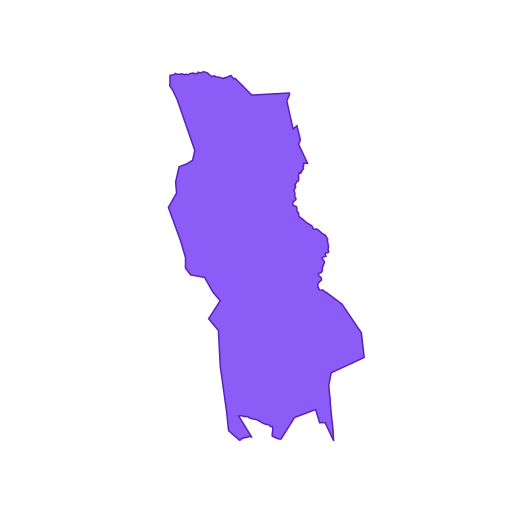 San Felipe Usila, Oaxaca, Mexico, rotated 153°
{"feature_id": "50627088B9279782447433", "entity_name": "San Felipe Usila", "entity_type": "district", "adm_level": 2, "iso_a3": "MEX", "parent_name": "Mexico", "parent_adm1": "Oaxaca", "projection": "robinson", "projection_center": [-96.517, 17.82], "detail": "fine", "context": "isolated", "style": "filled", "palette": "violet", "viewbox_px": 512, "rotation_deg": 153, "n_neighbors": 0, "source": "geoboundaries", "source_scale": "gbopen_adm2", "svg_char_len": 4715}
<svg xmlns="http://www.w3.org/2000/svg" viewBox="0 0 512 512"><g transform="rotate(153 256 256)"><path d="M359.7,112.9L357.4,106.8L354.3,99.3L353.5,99.2L353.4,99.2L352.7,99.1L352.1,99.6L351.3,99.6L350.6,99.8L350.2,99.5L348.7,99.3L348.3,99.0L347.7,99.0L346.4,98.5L345.8,98.4L345.4,98.4L344.9,98.4L344.1,98.2L343.2,97.6L342.8,97.2L342.6,97.2L342.1,96.9L342.8,106.0L344.0,121.3L343.0,120.9L342.4,120.7L341.3,120.3L340.9,119.9L340.5,119.3L339.9,118.8L339.6,118.5L339.1,118.1L338.2,117.6L337.7,117.3L337.0,117.0L336.4,116.6L336.0,116.4L335.7,116.1L335.6,115.1L335.3,114.7L335.0,114.3L334.6,113.9L334.3,113.6L333.8,113.1L333.3,112.6L332.6,112.1L331.3,111.2L330.3,110.3L330.0,110.0L329.5,109.5L329.1,109.2L328.7,108.5L328.5,108.1L328.2,107.4L327.2,106.3L326.8,105.7L326.5,105.0L326.3,104.6L326.1,104.3L325.7,103.9L324.7,102.6L324.2,102.1L323.9,102.0L323.2,101.3L322.6,100.7L322.0,100.3L321.4,99.9L320.9,99.4L320.6,98.7L320.7,97.9L320.7,97.5L320.3,97.1L319.6,96.9L319.0,96.6L318.8,96.0L319.0,95.5L319.2,95.1L319.4,94.7L319.6,94.3L319.8,93.9L320.1,93.4L320.6,92.7L320.8,92.3L321.8,90.9L322.1,90.3L322.5,89.8L323.1,88.6L323.3,88.1L320.6,84.6L320.1,84.0L319.4,83.3L318.8,82.7L318.0,82.2L317.3,81.7L316.7,81.6L294.9,94.6L272.6,92.1L275.0,78.5L270.1,76.2L270.7,56.0L268.5,61.2L268.5,61.3L266.3,66.0L265.6,67.9L260.8,80.6L255.9,92.8L255.6,93.3L255.1,93.8L253.9,97.8L253.4,98.8L252.2,102.2L251.5,103.7L251.4,103.9L250.5,106.2L250.4,106.5L250.0,107.5L249.9,107.7L242.0,117.8L205.6,116.5L197.0,139.8L201.1,172.8L201.1,173.8L210.1,192.1L210.6,192.4L211.0,193.0L211.3,193.8L211.5,194.7L211.6,195.2L212.0,195.4L212.5,195.6L213.0,195.9L213.5,196.0L214.0,196.2L214.6,196.6L214.8,197.0L215.1,197.6L214.9,198.1L214.7,198.4L214.6,198.8L214.7,199.3L214.7,199.6L215.2,200.2L214.7,200.7L214.5,201.2L214.1,201.8L213.8,202.3L213.4,202.8L213.2,203.1L212.8,203.7L212.4,203.7L211.8,203.9L211.1,204.4L210.8,204.3L210.2,204.4L209.7,204.6L208.8,204.8L208.4,205.2L208.2,205.7L207.8,206.4L207.8,207.0L207.9,207.5L208.1,208.1L208.6,208.8L208.7,209.3L208.8,210.1L208.9,210.5L208.9,211.2L208.4,211.8L208.0,211.9L207.6,211.9L207.1,211.8L206.3,211.8L205.4,211.6L204.7,212.0L204.0,212.5L203.6,212.7L203.2,213.3L202.8,214.1L202.6,214.5L202.4,215.0L202.1,215.7L201.7,216.0L200.6,216.6L199.7,217.7L197.9,219.1L197.7,220.4L197.7,220.8L197.7,221.7L198.0,222.1L198.2,222.6L198.3,223.4L198.0,224.1L197.0,224.4L196.4,224.5L195.5,224.3L194.0,224.0L193.6,224.0L193.7,224.8L193.6,226.1L193.4,226.7L192.3,226.9L191.4,226.5L190.7,226.4L190.2,226.3L189.3,226.7L189.0,227.4L188.9,228.4L188.7,229.1L188.4,229.6L188.1,230.2L187.1,231.3L187.0,231.7L186.7,232.6L186.5,233.2L186.4,233.7L186.2,234.6L186.0,235.3L185.8,235.8L185.7,236.3L185.7,236.7L185.5,237.1L184.9,237.7L184.6,238.3L184.6,238.7L184.6,239.5L184.6,240.2L184.6,240.9L184.6,242.1L184.9,243.2L185.4,244.1L185.9,244.7L186.3,245.4L186.8,246.1L187.2,246.9L187.5,247.8L187.9,248.9L188.3,250.0L189.1,251.8L189.4,252.0L189.9,252.6L190.6,253.0L191.5,253.2L192.4,253.7L192.8,254.4L192.5,255.5L192.4,256.1L192.5,256.6L192.5,257.3L192.8,258.0L194.8,261.2L196.3,263.9L196.9,265.4L197.6,267.5L198.3,268.8L198.7,269.6L199.2,270.5L199.4,271.0L199.5,271.3L199.7,271.8L199.6,272.6L199.4,273.0L199.1,273.8L198.6,274.7L198.6,275.5L198.8,276.1L199.1,276.7L199.3,277.4L198.8,278.3L198.4,278.9L197.7,280.6L197.6,281.4L198.2,282.5L199.9,284.1L199.9,284.7L198.8,286.9L198.5,287.7L196.8,287.5L196.1,287.9L195.3,288.0L194.6,288.6L194.2,289.5L194.6,291.5L193.6,292.7L192.8,294.6L192.3,296.8L192.4,297.3L189.3,299.4L189.3,301.0L189.0,300.9L188.9,301.3L189.0,301.6L185.1,304.1L184.3,303.6L183.0,305.0L182.1,307.3L181.1,309.0L179.8,310.5L178.6,309.4L178.1,309.6L178.1,310.6L176.7,310.7L176.7,311.0L175.0,311.7L174.0,312.3L173.7,314.3L172.8,314.5L172.6,315.2L172.1,315.4L172.2,316.2L171.5,316.6L171.3,317.1L168.0,315.2L167.3,336.2L163.7,339.3L160.4,353.5L165.3,352.4L158.1,380.3L152.7,384.7L152.3,386.1L186.7,401.3L193.9,423.7L195.4,423.9L196.4,428.3L201.6,428.5L203.3,429.3L204.4,428.8L206.9,431.3L208.6,432.8L210.5,433.7L211.2,435.5L211.9,435.4L213.5,436.2L214.2,436.0L214.3,436.5L216.2,441.3L219.0,444.0L222.2,444.3L224.2,446.1L225.5,445.1L229.1,447.2L229.1,447.7L230.0,447.7L231.2,448.4L232.9,448.4L234.0,448.3L236.1,450.0L237.4,449.6L238.2,450.8L239.3,452.1L240.9,452.2L244.0,453.9L245.1,455.4L246.7,454.7L250.6,456.0L253.8,449.8L255.6,446.7L254.9,441.2L255.2,431.4L262.6,377.9L269.0,370.1L275.5,369.5L284.1,370.4L294.1,358.3L298.2,348.1L312.0,339.1L316.3,303.9L319.5,286.6L320.3,285.2L322.5,280.7L322.9,280.1L323.7,278.8L324.0,277.4L324.3,277.2L322.8,268.8L311.5,260.2L311.3,254.8L310.8,243.3L308.2,232.4L326.7,221.6L323.3,206.7L329.8,192.2L337.9,174.0L352.9,130.6L359.7,112.9Z" fill="#8b5cf6" stroke="#5b21b6" stroke-width="1.5"/></g></svg>